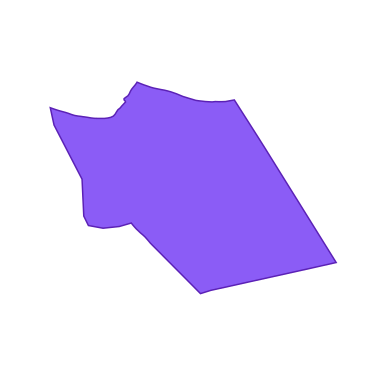 outline of Osaylan, Shabwah, Yemen, rotated 100°
{"feature_id": "15242507B14507855055596", "entity_name": "Osaylan", "entity_type": "district", "adm_level": 2, "iso_a3": "YEM", "parent_name": "Yemen", "parent_adm1": "Shabwah", "projection": "equal_earth", "projection_center": [45.859, 15.121], "detail": "fine", "context": "isolated", "style": "filled", "palette": "violet", "viewbox_px": 384, "rotation_deg": 100, "n_neighbors": 0, "source": "geoboundaries", "source_scale": "gbopen_adm2", "svg_char_len": 1328}
<svg xmlns="http://www.w3.org/2000/svg" viewBox="0 0 384 384"><g transform="rotate(100 192 192)"><path d="M290.6,166.0L285.6,156.4L245.2,58.8L236.4,37.8L184.1,84.7L165.3,101.6L137.3,126.7L126.6,136.4L94.0,166.3L94.8,168.5L97.1,174.7L97.8,178.0L97.9,178.6L98.4,181.2L98.9,184.8L99.8,187.8L100.2,191.1L100.6,194.6L100.8,197.9L101.0,201.0L101.1,204.3L100.7,207.5L100.3,211.1L99.9,214.2L99.5,217.5L98.8,220.7L98.0,224.2L97.5,227.3L97.0,230.4L96.7,233.6L96.5,237.0L96.5,240.4L96.4,244.1L96.3,247.7L96.0,250.8L95.4,254.4L94.9,257.7L94.3,260.9L93.6,264.2L93.4,265.2L94.3,265.5L96.7,266.7L99.1,268.1L101.3,269.3L103.7,270.2L106.1,270.8L108.4,271.8L110.3,273.7L111.8,275.1L113.1,274.9L113.8,273.8L114.9,273.1L119.5,276.1L121.8,277.4L123.8,279.2L126.3,280.3L128.7,281.2L130.9,282.6L132.6,285.0L133.8,287.9L134.7,290.9L135.3,294.2L135.9,297.7L136.4,301.1L136.6,304.4L136.6,307.6L136.7,310.8L136.8,312.5L136.8,314.2L137.0,317.6L137.0,320.9L136.6,324.1L136.0,327.4L135.6,330.5L135.3,333.8L135.0,337.0L134.6,340.1L134.1,343.3L133.6,346.2L150.0,339.5L198.5,302.5L225.6,296.4L234.5,294.4L243.0,288.2L243.1,273.3L238.6,257.6L233.1,246.4L234.3,245.1L236.2,242.8L238.0,240.5L239.6,238.1L241.2,235.7L242.7,233.1L244.3,230.6L246.1,228.3L247.9,226.1L249.7,224.0L281.4,179.0L290.6,166.0Z" fill="#8b5cf6" stroke="#5b21b6" stroke-width="1.5"/></g></svg>